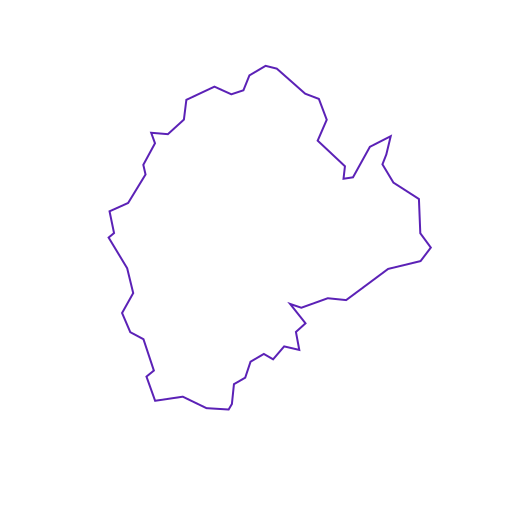 outline of Elliott, Kentucky, United States of America, rotated 118°
{"feature_id": "52423323B57528187825252", "entity_name": "Elliott", "entity_type": "district", "adm_level": 2, "iso_a3": "USA", "parent_name": "United States of America", "parent_adm1": "Kentucky", "projection": "robinson", "projection_center": [-83.1, 38.132], "detail": "fine", "context": "isolated", "style": "outline", "palette": "violet", "viewbox_px": 512, "rotation_deg": 118, "n_neighbors": 0, "source": "geoboundaries", "source_scale": "gbopen_adm2", "svg_char_len": 879}
<svg xmlns="http://www.w3.org/2000/svg" viewBox="0 0 512 512"><g transform="rotate(118 256 256)"><path d="M87.8,274.2L89.6,288.8L80.8,325.6L83.6,336.8L99.6,346.6L115.6,344.9L124.8,353.7L126.0,372.2L150.8,390.8L169.4,383.7L189.8,391.0L196.4,406.4L203.9,398.1L228.4,398.3L235.9,391.8L269.2,393.8L285.3,406.3L302.4,392.1L308.9,394.8L327.3,364.0L346.4,347.0L369.2,347.5L382.3,331.2L382.3,316.3L405.1,292.4L413.9,296.1L431.2,277.1L414.6,254.6L413.6,228.3L404.4,208.1L398.0,207.8L379.5,215.3L368.5,208.4L351.9,211.2L338.8,203.1L339.2,192.4L322.6,188.7L318.6,173.7L304.3,185.1L292.2,180.7L282.3,203.4L280.4,191.7L259.6,172.8L252.6,155.7L205.4,133.3L183.2,108.3L166.5,105.6L158.8,121.6L129.2,138.9L126.7,169.1L115.7,187.4L105.2,188.6L87.0,193.3L106.1,206.7L141.0,207.3L146.7,215.0L135.0,219.6L125.2,255.7L102.5,257.5L87.8,274.2Z" fill="none" stroke="#5b21b6" stroke-width="2"/></g></svg>